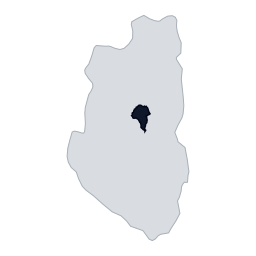 Langthil, Tongsa, Bhutan (highlighted), rotated 270°
{"feature_id": "84629894B85731212133965", "entity_name": "Langthil", "entity_type": "district", "adm_level": 2, "iso_a3": "BTN", "parent_name": "Bhutan", "parent_adm1": "Tongsa", "projection": "orthographic", "projection_center": [90.569, 27.339], "detail": "fine", "context": "in_parent", "style": "filled", "palette": "ink", "viewbox_px": 256, "rotation_deg": 270, "n_neighbors": 0, "source": "geoboundaries", "source_scale": "gbopen_adm2", "svg_char_len": 4859}
<svg xmlns="http://www.w3.org/2000/svg" viewBox="0 0 256 256"><g transform="rotate(270 128 128)"><path d="M209.9,108.6L209.6,110.3L207.7,114.9L206.5,119.9L207.6,124.0L211.9,128.8L217.6,132.6L224.9,132.8L231.6,131.3L234.3,131.8L238.0,138.3L240.6,143.9L237.2,149.7L235.3,154.8L234.7,158.4L235.1,159.9L237.3,162.8L239.9,167.8L240.3,172.3L238.7,175.4L235.3,176.9L231.6,176.5L228.5,176.6L224.7,177.2L218.8,178.9L213.2,181.2L202.8,180.8L198.6,176.4L196.7,176.4L187.2,182.3L176.9,181.3L158.1,183.3L150.2,183.8L142.2,183.1L138.1,181.9L130.5,177.8L123.6,174.8L116.6,177.5L114.2,178.0L108.5,185.0L96.3,187.3L84.2,188.9L80.6,188.0L73.8,187.5L73.6,185.9L73.8,184.3L72.2,183.0L69.5,181.6L64.7,181.1L58.6,179.3L55.1,177.5L42.6,179.9L35.4,176.1L27.3,170.9L23.1,168.6L21.7,160.7L20.3,158.2L17.1,155.4L15.4,152.3L16.9,149.1L25.1,143.2L25.8,141.8L29.7,130.6L35.0,126.6L40.2,121.0L44.2,112.1L51.8,102.9L60.2,93.5L65.9,85.9L69.7,82.3L77.5,78.5L84.0,76.3L88.5,71.2L93.9,68.3L99.5,67.1L107.7,67.8L115.5,69.7L124.0,72.2L124.9,74.3L124.2,78.0L123.0,81.7L122.9,83.6L124.2,84.6L132.6,85.4L142.8,84.8L148.5,85.3L161.3,88.7L165.0,91.1L168.9,92.9L172.7,92.6L177.5,88.6L182.6,85.2L185.8,84.7L188.0,85.7L192.1,88.9L200.5,91.9L208.1,94.1L210.5,96.2L209.8,105.5L209.9,108.6Z" fill="#d9dde1" stroke="#a8b0b8" stroke-width="1"/><path d="M125.8,145.7L126.1,145.4L126.2,145.1L126.3,145.0L126.7,144.8L126.9,144.7L127.0,144.7L127.6,144.7L127.9,144.7L128.4,144.9L128.9,145.0L129.2,145.1L129.3,145.1L129.7,145.2L129.9,145.3L130.1,145.4L130.2,145.5L130.4,145.5L130.7,145.4L130.9,145.4L131.1,145.4L131.3,145.4L131.8,145.6L132.0,145.8L132.3,146.0L132.5,146.0L132.8,146.1L133.0,146.3L133.1,146.6L133.3,146.7L133.5,146.8L133.8,146.8L134.0,146.8L134.4,146.9L134.8,146.9L135.0,147.0L135.3,147.0L135.4,146.9L135.5,147.1L135.8,147.1L136.0,147.0L136.1,146.9L136.3,146.9L136.4,147.0L136.5,146.9L136.8,146.9L137.0,146.8L137.3,146.8L137.5,146.8L137.8,146.8L138.0,146.7L138.3,146.6L138.5,146.6L138.8,146.7L139.0,146.5L139.2,146.4L139.3,146.3L139.5,146.3L139.7,146.2L139.9,146.2L140.1,146.2L140.1,146.3L140.0,146.6L140.2,146.9L140.3,147.0L140.5,147.3L140.7,147.5L140.8,147.5L141.0,147.7L141.0,147.8L141.1,148.0L141.1,148.4L141.2,148.6L141.3,148.7L141.4,148.9L141.5,149.0L141.7,149.4L141.7,149.5L141.9,149.5L142.0,149.7L142.1,149.9L142.2,150.0L142.3,149.9L142.5,149.7L142.8,149.5L143.1,149.5L143.4,149.4L143.5,149.3L143.7,149.1L143.8,149.1L144.0,148.9L144.5,148.7L144.8,148.7L145.1,148.6L145.3,148.5L145.7,148.3L146.4,148.2L146.5,148.1L146.9,147.9L147.1,147.9L147.3,147.9L147.7,147.8L147.8,147.7L148.0,147.6L148.2,147.4L148.4,147.3L148.5,147.2L148.7,146.9L149.0,146.7L149.4,146.4L149.4,146.2L149.4,145.9L149.5,145.9L149.4,145.7L149.3,145.4L149.5,145.2L149.5,144.9L149.4,144.7L149.5,144.5L149.5,144.4L149.3,144.4L149.3,144.2L149.2,144.1L149.2,143.9L149.3,143.9L149.2,143.8L149.2,143.7L149.3,143.6L149.4,143.4L149.4,143.2L149.5,143.0L149.5,142.9L149.6,142.7L149.8,142.1L149.9,141.9L150.0,141.8L150.1,141.7L150.3,141.3L150.4,141.2L150.6,141.0L150.7,140.9L150.7,140.5L150.7,140.4L150.8,140.2L150.8,139.9L150.8,139.7L150.8,139.4L150.8,139.2L150.7,138.9L150.4,138.6L149.9,138.3L149.8,138.1L149.7,137.9L149.7,137.7L149.5,137.4L149.4,137.3L149.1,137.2L148.8,137.0L148.8,136.8L148.7,136.8L148.7,136.7L148.5,136.8L148.4,136.7L148.2,136.6L148.2,136.4L148.2,136.2L147.8,135.7L147.7,135.6L147.5,135.4L147.1,135.4L147.1,135.2L146.9,134.9L146.6,134.7L146.6,134.4L146.1,134.3L145.9,134.3L145.7,134.2L145.3,133.8L144.6,133.7L144.2,133.5L143.8,133.5L143.7,133.4L143.4,133.2L143.3,132.9L143.3,132.7L143.2,132.4L142.6,132.2L142.4,132.2L142.1,132.2L141.7,132.3L141.3,132.2L141.1,132.2L140.7,132.1L140.6,131.9L140.4,131.6L140.1,131.8L140.1,132.0L139.9,132.2L139.7,132.3L139.5,132.5L139.2,132.5L138.9,132.7L138.8,132.8L138.5,132.8L138.3,132.8L138.1,133.0L137.9,133.3L137.8,133.5L137.8,133.8L137.8,134.0L137.8,134.4L137.8,134.7L137.8,134.9L137.9,135.0L137.9,135.3L138.0,135.6L137.9,135.7L138.0,136.4L137.8,136.6L137.7,136.7L137.6,136.8L137.4,136.9L137.4,137.2L137.3,137.3L137.1,137.5L136.9,137.8L136.7,138.0L136.4,138.3L136.3,138.5L136.1,138.7L135.9,138.8L135.6,138.8L135.4,138.9L135.2,139.1L134.9,139.2L134.8,139.3L134.6,139.4L134.5,139.5L134.4,139.6L134.1,139.6L133.9,139.8L133.7,139.8L133.5,140.1L133.4,140.3L133.1,140.5L132.9,140.5L132.6,140.6L132.2,140.7L132.0,140.8L131.8,140.9L131.7,140.9L131.6,141.0L131.3,141.0L131.2,141.0L130.8,141.1L130.6,141.1L130.4,141.1L130.1,141.0L129.9,141.0L129.7,141.0L129.3,141.1L129.1,141.1L128.8,141.0L128.6,141.0L128.4,141.1L128.4,141.3L128.3,141.5L128.2,141.5L127.8,141.8L127.7,141.9L127.0,142.6L126.8,142.9L126.6,143.1L126.4,143.2L126.4,143.3L126.2,143.5L126.1,143.8L126.0,144.0L125.9,144.2L125.8,144.3L125.7,144.4L125.6,144.5L125.2,144.7L125.1,144.8L124.8,145.0L124.7,145.0L125.0,145.2L125.2,145.3L125.3,145.5L125.5,145.6L125.8,145.7Z" fill="#0f172a" stroke="#020617" stroke-width="1.5"/></g></svg>